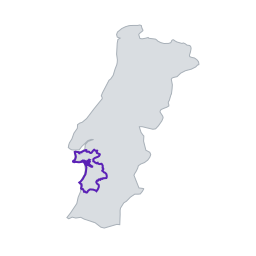 location of Setúbal within Portugal, rotated 14°
{"feature_id": "PRT-5498", "entity_name": "Setúbal", "entity_type": "District", "adm_level": 1, "iso_a3": "PRT", "parent_name": "Portugal", "parent_adm1": "", "projection": "robinson", "projection_center": [-8.638, 38.295], "detail": "fine", "context": "in_parent", "style": "outline", "palette": "violet", "viewbox_px": 256, "rotation_deg": 14, "n_neighbors": 0, "source": "natural_earth", "source_scale": "10m", "svg_char_len": 5541}
<svg xmlns="http://www.w3.org/2000/svg" viewBox="0 0 256 256"><g transform="rotate(14 128 128)"><path d="M97.9,33.0L101.0,30.4L104.0,28.6L105.7,27.9L112.7,26.1L114.5,25.2L116.2,25.4L116.5,26.2L117.5,27.9L118.6,29.1L118.9,30.0L116.2,33.6L115.8,34.8L117.3,37.2L117.5,37.9L118.2,38.2L120.1,38.1L123.4,36.6L125.7,35.3L126.5,35.9L133.1,35.1L134.7,35.7L135.7,36.4L139.0,37.2L142.5,37.3L146.9,36.1L148.8,34.9L149.2,33.5L149.3,32.5L149.8,31.8L150.8,31.4L152.4,32.1L154.6,32.7L160.0,32.9L161.0,32.1L162.8,32.3L165.2,33.3L168.0,33.0L169.4,34.2L170.0,35.7L170.2,39.1L170.0,42.5L170.6,43.8L172.5,44.1L175.5,44.0L178.2,45.0L180.3,46.6L181.1,48.2L181.4,49.4L180.3,50.0L178.9,52.4L175.2,55.6L169.9,58.5L165.9,62.0L163.2,66.3L159.7,68.1L158.6,69.0L158.2,70.2L160.6,75.4L161.3,79.4L161.9,84.4L161.6,85.7L161.4,91.2L160.9,92.8L161.0,94.0L161.9,95.4L162.3,96.7L160.7,98.4L157.8,100.4L155.6,102.1L155.1,103.7L155.2,104.7L158.9,108.2L159.6,109.6L159.1,113.0L157.0,118.5L155.1,121.9L154.7,122.3L152.4,123.2L141.3,123.3L138.7,124.0L139.0,124.7L141.7,129.1L144.4,131.4L145.3,131.9L146.3,137.0L150.7,145.2L155.0,146.3L156.5,148.3L156.2,151.2L154.9,154.4L152.3,157.6L149.2,159.8L147.2,162.1L147.1,164.7L146.4,168.0L145.5,170.7L145.2,172.4L153.1,183.5L157.5,183.0L158.0,183.3L157.3,185.9L155.9,189.0L154.3,189.6L150.5,190.6L147.0,194.6L144.2,199.4L142.0,201.7L140.1,207.5L140.3,210.0L141.3,213.8L143.4,223.8L140.5,224.2L129.2,230.8L125.7,230.8L119.1,227.9L107.5,227.0L103.8,226.1L99.1,228.0L95.4,228.0L92.5,230.4L90.4,229.7L92.8,224.3L96.6,213.7L96.4,207.2L97.3,201.5L96.3,196.0L94.4,192.5L97.0,183.4L96.7,178.8L94.4,172.9L101.4,173.8L99.2,171.4L97.1,170.0L95.0,170.3L93.3,170.2L87.3,172.5L84.3,173.2L83.4,172.8L83.7,169.1L82.2,164.4L84.6,163.2L87.4,162.8L89.8,160.8L91.2,158.5L90.5,154.5L92.5,150.7L97.4,147.5L94.9,148.0L92.0,150.0L87.5,157.3L86.0,161.0L82.1,162.2L78.7,162.8L76.9,162.4L74.8,161.4L74.6,158.7L74.8,156.5L76.2,152.2L76.8,146.1L78.9,140.6L78.7,139.2L78.2,137.0L80.0,134.9L82.2,133.5L85.6,128.8L90.4,117.6L95.9,105.8L95.4,104.4L94.3,103.3L94.7,100.1L98.0,86.3L99.4,84.5L100.9,80.4L101.2,73.9L101.8,69.4L101.7,67.1L101.2,64.4L99.1,59.2L97.0,48.2L96.8,44.6L98.6,42.7L95.6,42.4L94.3,40.1L94.6,37.4L97.9,33.0Z" fill="#d9dde1" stroke="#a8b0b8" stroke-width="1"/><path d="M97.0,197.8L97.1,197.0L97.1,195.7L96.9,194.8L96.4,193.7L95.3,193.5L93.9,192.7L94.1,192.4L94.3,192.2L94.6,192.1L94.8,191.9L96.5,188.3L97.2,185.5L97.9,183.3L97.8,181.1L97.5,178.6L97.2,176.4L96.4,174.8L95.5,173.9L94.5,172.8L93.3,171.8L92.3,171.5L92.9,171.0L93.6,171.3L94.8,172.3L96.3,172.8L97.1,173.2L97.1,173.7L98.5,173.6L101.8,174.5L103.4,174.0L102.5,173.9L101.6,173.7L99.2,172.6L98.9,172.3L98.7,171.8L98.6,171.2L98.7,170.7L98.9,170.3L99.1,170.1L99.1,169.8L98.7,169.7L98.3,169.2L98.2,168.6L98.5,168.2L97.9,168.1L97.3,169.4L96.6,169.6L96.6,169.8L97.4,169.9L97.7,170.5L97.7,171.2L97.4,171.5L96.7,171.4L96.0,171.2L94.8,170.6L93.6,170.2L91.9,170.5L90.5,172.2L90.7,172.3L88.8,173.1L85.6,173.5L85.0,173.7L84.4,174.1L83.8,174.2L83.0,174.0L82.8,174.0L82.7,173.8L82.7,173.5L82.8,173.2L83.2,172.8L84.2,171.8L84.4,170.5L84.4,168.6L83.6,166.8L82.6,165.3L82.1,164.1L82.7,163.7L84.3,163.6L85.7,163.4L86.4,163.8L86.7,164.3L86.9,164.3L86.7,163.5L87.2,163.3L88.2,163.0L88.7,162.9L88.7,162.7L89.2,162.1L89.8,161.6L90.7,160.9L91.9,159.9L92.0,159.9L92.2,159.7L92.4,159.6L92.7,159.5L93.0,159.6L93.0,160.1L93.1,160.7L93.4,160.9L93.7,161.0L94.1,161.0L94.8,160.7L95.1,160.6L95.7,160.4L96.1,160.5L96.3,160.6L96.6,161.0L97.5,161.3L97.8,161.3L98.3,161.1L98.8,160.5L98.9,160.2L99.3,159.1L100.3,157.3L100.5,157.2L100.7,157.3L100.9,157.5L101.3,157.7L102.2,158.0L102.9,157.7L103.4,157.4L103.6,157.5L103.5,158.0L103.5,158.3L103.5,158.6L103.5,159.0L103.5,159.3L103.9,159.8L104.3,159.9L104.6,159.8L105.4,160.0L106.8,160.2L107.0,160.3L107.1,160.8L106.8,161.4L106.8,161.7L106.7,162.2L106.4,162.5L105.9,163.1L103.2,165.0L102.0,166.4L101.9,166.8L102.0,167.1L102.1,167.4L102.2,167.7L102.4,168.7L103.4,168.8L104.7,169.6L105.6,169.7L106.4,169.9L106.6,169.8L106.7,169.6L106.6,169.4L106.6,169.2L107.0,169.0L107.3,169.4L107.5,169.6L107.8,169.8L108.2,169.9L109.2,169.9L109.7,169.7L110.4,169.3L111.0,169.1L111.3,169.3L112.0,170.0L112.4,170.5L112.6,170.7L112.6,170.8L112.6,171.1L113.1,172.2L113.1,172.5L112.9,172.6L112.9,172.8L113.1,173.0L113.6,173.2L113.8,173.4L114.0,173.7L113.9,174.4L113.3,175.4L113.3,175.7L113.5,175.8L114.2,176.0L114.7,176.4L115.4,176.8L115.7,176.9L116.0,176.9L116.3,176.9L116.9,177.1L118.2,178.0L119.0,179.7L119.2,180.7L119.2,181.1L119.2,181.4L119.1,181.8L117.9,182.2L117.3,182.4L116.2,182.7L115.9,182.8L115.8,183.3L115.5,183.6L114.4,183.6L114.1,183.7L114.0,184.0L114.0,184.3L113.7,185.0L113.3,185.0L113.0,184.9L112.7,184.7L112.4,184.8L112.3,185.0L112.0,185.1L111.9,185.2L111.9,185.4L111.9,185.6L111.9,185.8L111.7,186.2L111.6,186.3L111.5,186.5L111.4,186.5L111.2,186.4L110.8,186.4L110.6,186.7L110.5,187.0L110.4,187.3L110.4,187.5L110.3,187.8L110.3,188.0L110.5,188.6L111.1,189.1L111.6,189.6L112.1,189.8L112.4,189.9L112.9,190.0L113.3,190.3L113.5,190.7L113.8,191.6L113.9,192.7L113.6,194.5L113.3,195.6L113.1,195.8L112.7,197.0L111.7,196.5L111.6,196.4L110.7,196.4L109.2,196.2L106.3,196.7L105.7,197.0L105.4,197.3L105.3,197.5L105.1,197.8L104.6,198.4L104.4,198.7L104.1,199.6L104.1,199.9L104.0,200.2L103.8,200.5L103.3,200.7L102.9,200.7L102.3,200.4L102.1,200.2L101.8,200.1L101.6,200.0L101.3,200.1L101.2,200.4L101.1,200.5L100.9,200.6L100.7,200.4L100.4,199.8L99.6,198.8L99.5,198.6L99.2,198.3L98.7,198.1L98.4,198.2L98.1,198.3L97.9,198.5L97.7,198.4L97.3,198.1L97.0,197.8Z" fill="none" stroke="#5b21b6" stroke-width="2"/></g></svg>